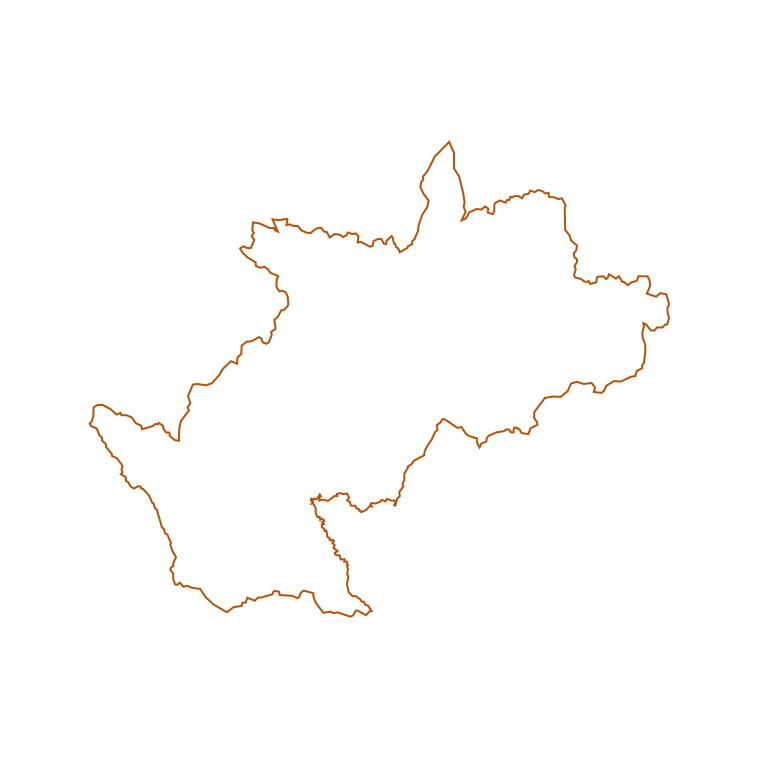 Pasco, Pasco, Peru (orthographic projection), rotated 347°
{"feature_id": "86281439B9789876914090", "entity_name": "Pasco", "entity_type": "district", "adm_level": 2, "iso_a3": "PER", "parent_name": "Peru", "parent_adm1": "Pasco", "projection": "orthographic", "projection_center": [-76.088, -10.729], "detail": "fine", "context": "isolated", "style": "outline", "palette": "amber", "viewbox_px": 768, "rotation_deg": 347, "n_neighbors": 0, "source": "geoboundaries", "source_scale": "gbopen_adm2", "svg_char_len": 6143}
<svg xmlns="http://www.w3.org/2000/svg" viewBox="0 0 768 768"><g transform="rotate(347 384 384)"><path d="M274.2,219.5L275.7,224.1L279.7,230.3L286.3,236.6L285.7,240.2L289.6,242.9L294.0,243.0L297.0,246.5L298.1,249.9L305.2,255.1L302.9,258.2L301.0,265.0L302.8,270.2L305.6,270.1L308.8,272.5L309.9,277.3L308.7,284.8L307.3,286.7L302.6,289.5L300.4,289.1L295.7,294.6L291.6,296.8L290.8,305.9L285.7,307.9L285.6,311.1L281.1,317.5L278.6,318.4L275.2,316.2L274.7,312.0L272.7,310.2L264.1,312.6L259.6,311.8L253.9,314.7L251.7,322.6L247.1,325.4L245.4,331.1L240.0,327.4L230.7,332.8L225.3,338.4L216.3,344.6L210.1,345.2L201.8,341.9L197.6,341.6L190.3,351.8L191.0,359.3L187.5,362.2L187.9,366.0L177.7,374.5L174.4,381.8L171.4,393.2L167.9,391.8L165.0,388.5L163.7,386.3L163.8,383.0L160.7,382.2L159.0,378.1L159.2,374.9L155.7,371.2L154.4,372.3L151.9,371.5L149.1,373.0L138.1,373.6L137.9,369.9L133.5,366.5L130.7,359.8L125.8,356.3L121.1,355.4L120.9,353.0L116.4,353.5L112.1,347.2L105.3,341.2L100.5,340.0L95.9,341.4L93.5,350.0L91.0,354.5L88.3,356.5L89.1,359.0L94.1,362.8L95.0,369.6L97.2,373.0L96.6,375.8L99.5,380.1L98.9,382.7L103.0,390.9L102.9,393.1L107.0,396.2L110.2,403.2L110.7,405.7L109.0,408.1L109.2,411.4L107.3,412.6L111.4,416.7L110.9,420.7L112.6,422.1L114.1,426.9L116.7,429.6L121.5,428.3L123.7,429.1L124.0,431.3L125.5,431.9L130.0,439.9L131.5,447.7L132.7,448.7L132.8,452.8L134.4,455.6L135.4,473.7L137.1,475.9L136.9,479.8L139.0,481.9L140.7,490.8L139.6,492.7L140.4,499.6L142.4,505.9L138.0,511.8L137.7,514.1L135.2,514.9L134.0,516.8L135.9,521.5L134.7,526.6L135.4,532.3L137.5,533.2L140.3,531.6L143.0,536.5L146.9,536.4L151.4,539.5L158.8,542.3L162.1,551.3L168.1,560.2L178.9,570.5L180.1,570.9L187.1,567.6L195.4,568.2L196.9,565.2L200.1,565.9L202.7,561.5L209.4,566.1L213.3,563.7L215.8,564.5L227.9,563.8L229.9,561.2L231.9,561.3L235.0,562.9L234.9,566.1L247.2,569.9L251.5,573.3L253.7,572.2L256.4,568.4L259.4,567.3L268.2,572.0L267.4,574.6L268.3,581.7L273.4,593.3L280.7,593.8L283.3,595.9L287.5,596.1L299.0,603.2L301.8,602.5L305.5,598.6L307.2,598.7L314.5,605.2L318.5,602.4L320.9,602.4L318.7,596.5L316.1,594.9L315.3,591.5L313.3,591.1L312.4,588.3L308.7,584.3L305.7,583.7L302.8,579.0L302.8,570.7L305.9,564.2L305.3,561.0L307.4,556.1L306.9,553.6L308.2,552.6L307.1,551.4L308.2,549.9L307.7,548.5L305.3,548.2L306.2,545.9L302.3,545.2L302.4,541.1L299.5,540.3L297.9,538.6L298.2,537.5L301.1,536.3L297.8,532.2L299.7,530.1L297.9,527.2L300.0,525.7L298.9,524.2L297.1,524.6L295.9,523.7L296.4,521.9L294.5,520.5L294.8,514.1L293.0,513.8L293.5,512.4L291.2,509.4L291.8,506.9L293.9,506.9L292.7,504.6L294.9,504.1L294.9,503.2L293.1,501.2L291.2,501.9L291.4,498.8L289.3,498.9L288.4,494.6L289.5,489.3L288.1,484.7L286.6,484.4L288.0,483.3L286.5,480.6L287.3,479.4L288.9,481.3L289.8,479.9L292.6,481.1L296.6,477.2L297.2,479.2L295.7,480.0L294.7,483.0L298.2,482.9L303.1,485.3L310.9,481.9L313.2,482.6L313.4,480.6L316.2,480.3L319.7,482.1L323.3,482.4L324.4,486.7L321.8,489.3L324.3,491.3L324.3,494.9L328.8,496.3L329.2,499.1L331.2,499.9L331.2,501.8L332.7,502.2L333.0,503.8L338.0,502.8L342.9,499.6L344.6,500.4L343.9,498.4L344.7,497.2L349.1,498.6L354.0,497.8L355.7,496.3L358.9,498.7L361.1,496.6L365.3,499.5L367.8,499.7L369.0,501.4L366.7,504.3L367.6,505.0L371.0,498.8L374.2,496.8L374.6,492.7L379.8,488.2L379.7,485.2L382.2,482.2L383.6,476.0L388.3,471.2L388.3,470.0L392.8,468.3L395.5,465.6L407.0,462.5L408.6,458.6L412.3,454.0L417.8,449.1L422.5,442.8L425.7,440.7L426.4,435.9L430.7,434.0L432.4,431.7L433.9,431.5L437.0,433.8L445.4,443.1L449.8,443.5L452.8,451.2L455.1,453.8L462.2,457.8L461.5,462.5L462.8,467.2L465.6,463.9L470.7,463.2L472.1,459.7L474.4,458.0L482.7,456.4L490.3,456.9L493.3,455.7L495.9,456.7L496.6,459.5L499.1,460.4L500.6,456.2L502.4,455.9L505.8,458.7L507.0,462.7L513.3,465.3L516.8,460.1L524.2,458.3L524.6,455.7L522.6,450.8L524.2,445.1L537.6,433.8L545.9,434.2L553.2,436.3L561.3,432.3L566.4,425.6L572.4,425.3L578.6,428.9L586.5,429.7L588.9,434.9L586.6,439.0L594.0,441.6L597.0,439.8L600.2,435.7L608.7,432.9L615.4,434.9L626.3,432.5L630.7,432.8L633.3,428.1L639.1,426.7L639.6,423.9L642.1,421.7L646.0,411.0L647.4,404.2L646.5,397.3L647.4,391.8L650.3,386.2L650.4,383.1L652.9,385.0L655.9,391.8L659.5,392.7L662.8,390.3L668.1,391.6L671.2,389.4L673.3,389.7L676.5,383.8L676.5,377.1L677.3,373.7L679.7,370.5L679.2,360.1L673.8,357.6L668.8,360.1L660.4,355.1L665.5,348.1L666.0,342.3L665.0,338.4L656.2,336.3L653.5,340.3L647.5,340.7L643.8,342.6L640.7,338.5L639.2,338.2L637.1,331.8L633.6,333.5L627.9,327.7L625.5,331.3L623.8,331.7L622.3,328.7L616.7,327.5L615.2,328.5L613.8,332.6L607.5,333.0L606.5,329.6L605.1,330.3L602.1,329.1L599.8,326.1L594.2,323.2L593.5,321.1L596.6,315.3L596.2,311.9L599.5,308.5L600.1,305.8L598.1,303.4L598.2,299.6L601.5,296.9L603.1,292.3L598.7,286.6L598.2,280.9L595.2,274.7L599.8,252.5L601.2,250.9L599.1,243.1L595.4,243.0L591.3,240.2L586.9,238.9L587.3,234.8L584.1,234.7L581.9,231.9L578.0,229.6L573.8,230.9L570.0,228.4L567.7,231.2L563.1,231.0L560.2,234.1L557.8,231.4L553.3,230.2L551.6,231.0L549.2,230.1L547.6,232.8L545.4,232.4L543.4,234.7L538.5,231.3L533.3,232.6L532.0,233.7L530.4,240.1L528.1,243.0L523.6,240.2L525.1,236.7L522.5,233.8L518.0,235.9L513.6,234.3L505.7,235.9L501.2,241.0L496.6,241.9L502.2,234.7L501.5,229.1L503.3,225.7L504.1,216.3L503.9,198.6L500.7,189.8L504.2,174.7L501.9,162.8L484.6,173.9L474.1,186.5L468.6,190.7L468.2,193.9L465.9,195.3L463.7,200.2L465.4,207.8L468.7,215.3L466.2,221.0L459.2,227.9L453.6,236.9L451.4,242.7L446.3,249.8L443.9,251.0L442.6,254.3L438.6,254.9L437.2,256.7L429.0,259.2L428.4,255.2L426.5,253.3L426.5,250.3L425.4,249.5L425.3,242.7L424.5,241.6L418.8,245.0L417.5,248.1L415.3,247.1L414.1,242.1L410.2,241.4L405.9,242.5L404.1,246.8L401.2,247.1L393.3,240.3L390.3,240.1L392.3,234.4L390.3,230.9L386.8,230.8L382.9,228.3L380.7,230.7L377.1,231.6L374.7,228.7L369.6,226.8L364.1,229.1L362.4,223.1L359.7,221.9L358.2,218.0L356.5,217.3L352.5,217.5L346.4,220.4L342.5,219.1L338.0,215.8L335.7,210.8L331.0,209.5L328.0,207.2L324.6,207.3L327.0,201.9L326.1,201.1L318.6,200.8L312.4,198.5L314.8,211.6L312.4,209.6L311.8,207.3L307.5,206.2L298.9,199.6L292.8,197.1L290.2,204.6L291.1,207.5L288.3,210.4L290.1,214.4L284.7,221.7L280.8,220.5L278.1,218.2L274.2,219.5Z" fill="none" stroke="#b45309" stroke-width="2"/></g></svg>